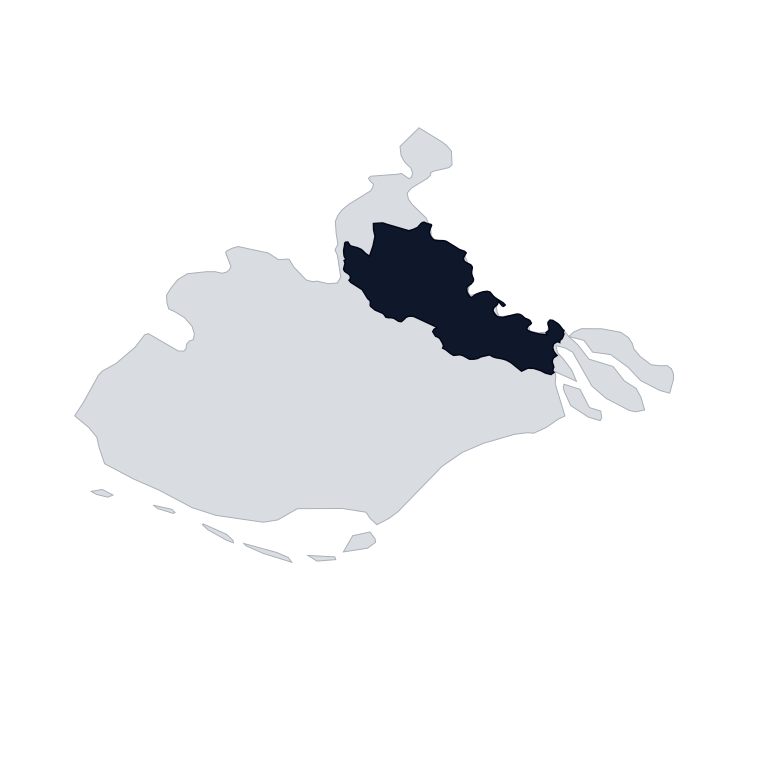 where Noord-Brabant sits in Netherlands, rotated 210°
{"feature_id": "NLD-3483", "entity_name": "Noord-Brabant", "entity_type": "Province", "adm_level": 1, "iso_a3": "NLD", "parent_name": "Netherlands", "parent_adm1": "", "projection": "robinson", "projection_center": [5.036, 51.526], "detail": "fine", "context": "in_parent", "style": "filled", "palette": "ink", "viewbox_px": 768, "rotation_deg": 210, "n_neighbors": 0, "source": "natural_earth", "source_scale": "10m", "svg_char_len": 5533}
<svg xmlns="http://www.w3.org/2000/svg" viewBox="0 0 768 768"><g transform="rotate(210 384 384)"><path d="M481.8,623.4L468.4,623.0L455.7,622.7L449.1,621.9L442.0,619.3L441.9,619.3L438.7,614.1L434.7,607.9L435.8,604.0L447.5,593.1L449.3,590.1L448.1,588.5L449.3,583.7L458.2,567.4L459.4,560.9L455.3,556.3L449.5,553.6L430.4,548.8L421.4,542.0L417.2,536.0L413.0,534.4L406.7,536.4L391.0,538.6L378.2,535.4L363.1,524.1L359.6,514.1L357.8,506.4L354.0,503.7L349.0,507.7L342.5,513.9L329.9,514.7L326.3,513.2L325.6,509.7L324.9,506.4L321.5,502.3L317.7,500.0L301.6,511.6L295.6,511.6L288.1,507.1L284.4,502.8L276.1,505.3L268.7,510.6L271.2,520.7L267.2,522.5L258.1,521.6L247.7,517.5L236.2,515.0L218.8,508.0L194.4,513.7L177.5,506.9L163.4,506.2L154.7,500.9L145.3,491.8L152.1,485.8L158.5,483.7L184.3,482.6L203.0,486.2L236.6,505.9L245.1,505.8L254.1,503.3L249.6,497.9L241.2,495.3L228.6,490.0L218.7,482.6L242.2,480.2L238.9,476.3L235.9,469.8L211.3,446.8L215.6,440.6L221.9,427.3L229.7,416.3L235.8,413.3L246.0,405.5L268.1,382.5L282.1,363.8L292.6,341.6L308.0,280.5L312.5,270.1L319.8,258.6L329.0,260.7L335.4,264.0L358.0,255.3L396.7,232.7L408.1,213.1L419.3,204.0L463.6,186.3L488.1,181.0L526.0,179.6L553.3,176.5L586.1,175.3L598.7,186.3L606.1,194.3L617.8,198.7L636.0,201.8L635.1,217.6L635.7,248.9L634.4,254.4L626.4,267.6L618.0,291.3L615.9,306.8L613.3,309.8L578.7,309.7L573.8,312.4L573.1,315.8L574.9,319.8L574.1,323.8L571.4,327.0L573.0,332.2L579.0,338.0L590.0,341.7L601.8,342.0L607.8,341.3L612.3,345.5L616.7,352.0L616.5,360.1L614.9,371.0L609.5,381.1L593.6,392.7L586.4,396.8L579.7,398.9L576.5,401.9L575.0,405.8L575.4,409.3L586.9,418.6L586.7,420.7L583.4,425.6L579.1,430.1L549.7,439.6L537.5,438.9L530.6,443.6L528.4,444.5L520.7,440.2L503.4,435.2L497.0,436.9L493.4,439.6L482.6,442.9L474.9,448.2L474.9,454.9L488.7,472.2L493.5,475.6L493.8,482.1L500.5,490.2L507.4,500.4L508.2,506.9L507.5,513.4L504.0,522.7L492.2,544.5L492.1,548.7L493.1,551.8L497.2,552.7L500.3,554.4L499.4,557.3L477.2,572.4L474.3,575.0L464.9,574.3L463.5,576.8L464.8,580.9L468.5,584.4L476.5,586.3L483.3,590.2L488.9,597.7L481.8,623.4ZM247.7,517.5L245.8,523.7L240.6,530.7L223.0,540.7L204.7,547.2L195.3,546.4L188.9,543.0L185.4,539.4L175.7,535.9L162.3,534.2L153.9,537.9L147.9,541.5L142.7,540.9L138.8,537.9L135.8,533.3L132.0,518.9L142.0,516.3L163.7,515.3L180.4,520.4L202.4,522.8L219.3,515.9L232.6,521.8L247.7,517.5ZM211.5,458.7L224.3,467.8L227.1,470.7L228.0,473.8L211.6,477.4L194.3,466.3L182.8,468.9L178.5,463.6L178.5,460.3L190.5,457.5L211.5,458.7ZM335.2,237.0L322.2,248.8L314.4,245.5L312.1,242.8L316.1,233.6L335.2,218.3L335.2,237.0ZM392.4,184.5L380.3,185.9L374.7,183.5L404.0,176.9L422.5,174.9L425.7,175.8L392.4,184.5ZM470.8,172.4L445.2,175.1L436.5,173.0L435.0,171.1L442.0,170.0L463.9,169.7L470.7,171.3L470.8,172.4ZM364.1,197.5L340.1,209.7L338.0,207.8L353.5,197.1L364.1,197.5ZM575.3,151.8L563.2,152.3L566.6,147.9L577.8,144.6L583.8,144.6L575.3,151.8ZM523.3,163.7L505.1,169.4L500.7,168.2L501.7,166.6L517.7,163.0L523.3,163.7Z" fill="#d9dde1" stroke="#a8b0b8" stroke-width="1"/><path d="M326.5,512.9L325.6,510.0L326.2,507.5L327.0,505.1L326.7,502.6L325.3,501.2L323.1,500.1L320.7,499.3L318.8,499.2L314.5,501.0L304.2,510.8L302.9,511.6L301.1,512.2L299.0,512.3L294.8,511.4L291.0,512.0L289.3,511.9L286.8,510.4L287.0,508.8L288.1,506.7L288.3,504.0L287.3,502.6L285.6,502.3L281.7,502.8L274.6,504.9L267.7,508.1L269.3,509.5L269.0,510.6L268.2,511.9L268.1,513.6L269.1,515.1L272.0,517.9L272.8,519.5L272.2,522.4L269.6,523.5L263.5,523.2L260.9,522.5L256.2,520.4L255.0,520.4L254.8,519.1L254.3,518.0L253.1,517.2L252.6,514.0L252.5,512.1L252.8,511.6L252.9,511.0L253.4,510.3L252.8,507.9L252.7,507.8L255.3,507.3L257.1,503.5L256.1,499.9L253.3,497.2L249.6,495.5L248.4,495.3L250.0,492.0L250.2,491.3L250.2,489.4L249.3,487.2L248.9,486.8L245.4,483.6L244.8,480.4L243.1,479.1L242.6,479.1L244.1,475.7L249.6,474.2L255.1,473.9L262.1,472.4L267.3,469.7L271.3,463.9L284.9,466.0L290.0,465.9L294.6,464.8L300.0,462.8L303.0,462.1L307.2,462.0L313.8,455.8L315.7,452.9L318.6,450.4L322.4,448.2L329.6,448.1L332.9,447.3L338.0,443.6L341.4,443.6L348.1,444.6L351.2,444.4L351.3,445.4L351.5,446.7L353.6,448.5L358.5,451.4L361.7,451.5L363.2,451.1L368.0,453.7L368.0,456.4L366.5,459.1L367.7,459.5L391.8,457.4L394.3,456.4L396.7,454.8L398.3,452.7L399.0,449.9L400.1,446.7L402.7,445.6L408.1,445.9L410.8,445.1L413.3,443.6L415.9,442.8L418.4,444.1L420.3,444.6L428.7,443.6L434.6,444.6L435.4,445.4L437.0,448.6L438.3,449.3L440.8,449.8L450.0,454.8L463.6,455.4L466.2,456.4L465.8,458.4L466.9,460.4L469.1,461.5L474.4,461.9L476.4,463.2L478.2,469.2L480.3,471.0L479.4,472.6L480.1,473.5L481.4,474.1L482.6,475.0L485.2,478.5L485.4,479.1L485.9,479.8L487.6,484.7L488.4,486.1L488.3,487.5L486.3,488.9L483.1,487.2L481.8,486.9L475.3,488.7L471.8,489.1L470.2,489.1L465.2,487.8L460.4,487.4L462.5,497.9L465.6,507.4L470.1,512.3L473.4,517.7L468.6,520.9L465.5,522.9L461.5,523.7L452.1,526.0L439.2,529.1L436.4,532.0L435.5,533.1L433.2,536.4L432.0,542.0L431.3,543.2L430.4,544.0L429.4,544.4L428.3,544.3L425.1,545.0L422.9,545.7L422.1,545.2L421.6,541.4L420.7,538.2L418.2,535.7L415.1,534.1L412.3,533.8L409.7,534.8L404.1,537.9L401.4,538.7L385.7,538.2L381.6,539.0L380.7,539.2L378.4,538.7L378.3,532.8L376.0,530.5L373.6,530.3L368.5,530.6L366.2,529.6L365.5,528.5L364.2,524.9L363.5,523.4L358.9,519.5L358.1,517.8L358.6,514.2L360.0,511.6L360.5,508.8L357.9,504.9L353.9,502.8L353.6,502.4L351.5,502.8L350.7,503.8L350.3,505.4L349.4,507.4L347.3,510.1L344.3,513.4L340.9,515.9L338.1,516.6L333.0,514.7L330.6,514.2L321.3,513.9L318.5,513.0L319.3,511.0L320.8,510.8L326.5,512.9Z" fill="#0f172a" stroke="#020617" stroke-width="1.5"/></g></svg>